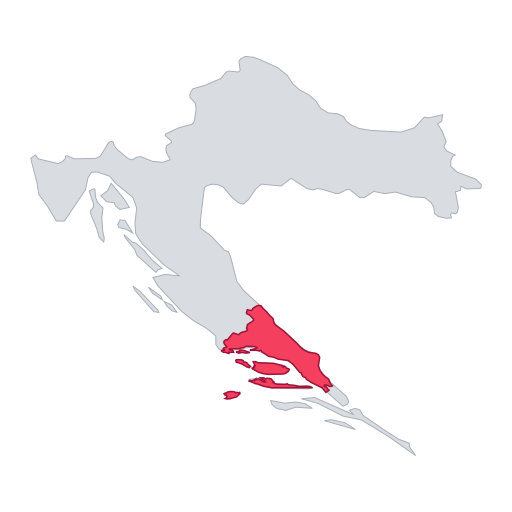 Croatia, with Splitsko-Dalmatinska highlighted
{"feature_id": "HRV-1492", "entity_name": "Splitsko-Dalmatinska", "entity_type": "County", "adm_level": 1, "iso_a3": "HRV", "parent_name": "Croatia", "parent_adm1": "", "projection": "natural_earth1", "projection_center": [16.561, 43.491], "detail": "fine", "context": "in_parent", "style": "filled", "palette": "rose", "viewbox_px": 512, "rotation_deg": 0, "n_neighbors": 0, "source": "natural_earth", "source_scale": "10m", "svg_char_len": 8164}
<svg xmlns="http://www.w3.org/2000/svg" viewBox="0 0 512 512"><path d="M35.4,155.0L38.2,158.9L58.3,163.6L62.7,161.5L65.4,158.3L65.4,156.3L67.1,155.7L74.2,158.8L96.0,158.4L100.4,156.0L108.7,142.5L111.3,141.3L113.1,141.9L114.3,145.9L117.4,149.7L128.3,158.7L132.5,159.8L136.5,157.3L140.7,156.6L152.6,161.4L162.7,162.3L170.2,159.8L166.5,152.6L165.9,148.9L166.5,145.7L171.6,142.5L171.3,141.1L165.2,135.5L165.5,134.0L179.1,127.7L192.1,124.2L194.2,121.5L196.1,109.7L195.4,103.4L190.1,97.5L189.8,94.6L191.0,91.5L193.1,88.7L204.4,85.5L220.9,78.5L226.0,72.2L229.0,71.1L238.2,72.0L240.2,70.4L239.0,61.3L240.6,58.9L245.4,56.4L253.5,57.3L260.2,59.7L277.9,67.8L287.3,75.3L292.5,83.5L299.6,90.0L308.5,94.5L315.6,100.7L320.8,108.5L328.2,112.9L337.5,113.8L343.5,116.5L346.0,120.9L351.1,124.9L358.8,128.4L370.8,130.4L401.0,132.1L414.3,127.9L424.4,117.1L428.6,117.9L442.6,114.7L441.8,121.1L437.6,124.0L441.9,130.7L446.1,141.5L443.9,146.8L446.7,151.0L455.2,155.1L452.8,156.4L450.9,159.9L450.7,166.4L457.5,172.4L475.8,179.1L481.2,184.5L481.3,186.8L480.3,188.4L466.4,188.9L461.0,186.1L460.5,190.4L455.4,191.8L458.4,207.7L457.3,212.3L455.5,213.8L451.5,213.0L450.5,214.5L451.4,217.9L446.4,218.3L438.3,216.5L434.6,213.4L433.8,207.4L431.2,202.6L424.8,197.6L411.4,196.8L395.8,192.1L384.5,193.6L373.7,191.4L364.3,197.7L359.6,197.6L350.2,189.8L347.4,189.3L339.2,193.3L335.8,193.5L322.1,189.2L317.1,188.6L313.4,190.0L306.9,188.5L291.0,178.3L281.2,186.0L261.3,184.1L255.4,189.4L248.6,199.5L243.1,204.3L238.3,202.6L232.7,198.1L222.8,186.7L217.8,184.7L212.1,184.2L207.1,185.5L204.4,187.8L200.5,219.1L200.3,227.9L211.3,236.1L224.3,250.1L228.4,251.8L230.5,256.4L236.9,281.6L243.5,290.4L265.9,311.0L275.4,324.1L304.1,349.7L316.7,354.2L318.7,356.6L318.9,366.6L320.3,370.3L328.8,380.7L346.0,396.0L348.0,399.5L348.6,402.1L347.5,404.1L343.0,406.2L323.2,388.9L307.6,379.5L290.1,361.8L266.7,354.8L250.7,347.1L230.4,350.7L223.8,350.8L219.2,349.4L215.9,344.6L215.8,336.0L206.5,328.3L193.8,320.9L181.7,311.4L157.7,285.7L152.9,277.5L165.3,274.4L179.7,276.0L164.3,265.2L142.2,243.8L135.7,233.7L135.0,222.8L136.7,207.9L132.8,197.3L115.8,183.5L109.6,176.2L97.1,171.9L91.5,172.3L88.0,177.7L85.5,189.7L64.4,221.1L56.3,221.0L47.4,206.0L38.9,194.7L37.0,182.7L30.7,158.4L35.4,155.0ZM409.2,443.2L409.4,446.8L415.6,455.6L387.8,436.0L361.6,420.0L343.0,416.1L317.7,403.2L301.2,398.7L314.7,397.6L353.8,414.8L349.4,410.2L355.0,408.4L359.8,409.7L362.9,415.3L384.9,430.4L398.9,439.3L409.2,443.2ZM104.3,238.2L103.7,242.0L99.1,237.2L96.8,228.7L91.1,214.9L90.3,211.0L93.4,207.1L93.3,203.2L89.2,191.1L92.7,189.1L94.8,188.9L95.6,197.3L97.4,202.1L103.0,208.1L101.8,217.9L102.8,231.9L104.3,238.2ZM129.3,207.4L119.8,209.5L115.4,205.8L114.2,202.7L106.5,201.7L100.8,195.6L107.5,190.9L111.2,183.3L123.9,198.8L129.3,207.4ZM281.0,373.7L268.8,374.0L258.2,372.2L253.0,369.2L255.0,362.3L266.8,362.8L284.8,365.9L289.2,369.4L287.8,371.0L281.0,373.7ZM312.7,387.9L307.2,388.9L272.8,388.1L262.8,386.1L249.4,379.3L260.6,377.8L271.0,379.3L274.2,383.1L312.7,387.9ZM158.0,269.8L156.0,272.4L136.9,255.2L134.7,249.5L125.3,237.8L123.9,234.6L132.5,242.3L135.8,243.0L144.1,250.5L152.2,260.1L162.0,268.4L158.0,269.8ZM270.6,400.5L284.9,403.2L295.4,402.0L304.9,403.6L312.3,408.3L295.9,407.2L286.1,410.4L277.4,408.7L274.1,406.6L271.8,404.1L270.6,400.5ZM157.8,310.1L158.8,312.5L153.7,311.6L135.0,290.3L133.0,286.2L139.7,291.1L157.8,310.1ZM124.9,220.3L132.7,232.9L125.5,229.0L119.0,227.5L117.7,224.6L120.0,219.9L124.9,220.3ZM344.8,422.7L355.4,429.5L324.4,420.7L331.2,419.7L344.8,422.7ZM171.9,305.1L176.9,312.3L172.1,310.8L167.1,306.3L164.1,301.5L171.9,305.1ZM161.1,296.4L162.3,299.9L152.7,293.4L148.4,287.2L161.1,296.4Z" fill="#d9dde1" stroke="#a8b0b8" stroke-width="1"/><path d="M261.0,305.7L263.2,308.6L267.0,312.2L269.5,315.4L272.7,318.1L273.3,319.5L273.6,321.1L274.2,323.2L275.3,324.8L283.9,331.1L296.2,342.6L299.9,346.6L302.4,348.6L304.1,350.0L308.6,352.3L316.1,353.4L318.5,354.9L319.7,357.4L318.3,365.6L320.0,370.5L323.0,374.7L326.2,377.4L327.8,378.4L328.6,379.0L329.1,380.1L329.8,382.1L330.7,384.0L331.8,385.3L332.5,385.7L332.4,385.9L332.0,386.1L331.5,386.4L330.1,386.5L329.5,386.5L329.1,386.3L328.8,386.1L328.5,385.7L328.3,385.6L327.9,385.4L326.3,385.2L325.0,384.8L324.7,384.9L324.5,385.1L324.4,386.0L324.4,386.3L324.6,386.5L325.0,386.6L325.9,386.7L326.3,386.9L326.7,387.2L327.0,387.7L327.4,388.6L327.6,388.9L328.0,389.3L328.8,389.8L329.0,390.0L329.1,390.3L328.6,390.7L328.1,391.0L325.9,392.4L322.1,387.7L311.0,382.4L308.3,380.4L307.0,379.7L306.4,379.3L305.9,378.0L305.4,377.5L304.6,377.2L303.8,377.0L303.3,376.8L302.8,376.2L302.0,375.0L301.8,374.6L301.6,373.4L301.4,373.0L301.1,372.8L300.1,372.6L299.8,372.4L292.5,363.7L290.3,362.3L289.5,361.6L289.0,361.0L288.3,360.5L278.4,359.2L273.9,357.3L268.6,356.3L261.6,351.6L261.5,351.3L261.4,350.9L261.2,350.5L260.8,350.3L260.4,350.4L259.7,350.8L259.3,350.9L256.3,350.3L250.5,350.3L250.5,349.6L252.1,349.6L253.8,349.2L255.5,348.5L256.9,347.6L255.6,346.8L253.8,346.5L246.3,346.3L245.4,346.6L244.0,347.4L243.4,347.6L242.0,347.8L238.8,348.7L229.4,348.9L229.4,349.6L231.9,350.2L233.0,350.9L233.6,352.3L228.8,352.3L229.0,353.4L227.9,353.3L225.4,352.3L223.3,352.2L222.5,351.8L221.4,350.9L221.7,350.4L222.6,350.3L224.2,350.2L224.6,350.0L224.6,349.8L224.4,349.6L224.0,349.5L223.6,349.2L223.3,348.9L223.3,348.3L223.6,348.0L224.3,347.8L225.0,347.6L226.3,347.1L226.7,346.8L226.7,346.6L226.4,346.5L226.1,346.3L225.7,345.5L224.6,344.3L224.2,343.7L224.0,342.9L223.8,341.8L224.0,341.3L224.4,340.9L225.3,340.0L225.7,339.8L226.1,339.7L226.5,339.9L226.9,339.9L227.4,339.8L232.7,333.5L233.4,333.0L233.7,333.0L238.0,334.6L238.7,334.6L239.3,334.1L239.9,333.4L240.5,333.0L241.1,332.6L242.7,332.0L244.9,331.5L246.7,330.8L247.4,330.2L247.5,329.6L247.2,329.2L246.8,328.8L246.6,328.4L246.5,327.9L247.3,326.4L247.4,326.2L247.3,325.9L247.2,325.4L247.4,324.6L247.9,324.2L253.2,320.8L253.7,320.2L253.7,319.5L253.3,319.0L250.2,315.6L249.5,315.1L248.9,314.7L246.8,313.8L246.6,313.2L246.4,312.7L247.4,309.7L249.9,310.4L251.2,310.3L252.0,310.1L252.3,309.7L252.5,309.3L252.6,308.8L254.0,307.6L256.6,306.0L257.7,305.6L258.5,305.4L261.0,305.7ZM259.0,372.4L252.9,369.1L251.6,367.6L252.2,368.0L252.7,368.4L253.2,368.4L253.3,367.8L253.5,367.7L253.8,367.7L254.3,367.6L253.8,366.9L253.9,366.3L254.4,365.8L255.3,365.6L254.3,363.9L253.2,361.6L254.8,361.6L255.3,361.6L258.4,362.8L273.4,363.3L282.9,365.6L282.9,366.3L281.8,366.3L282.6,366.7L283.4,366.9L284.0,366.8L284.5,366.3L285.2,366.8L286.6,368.4L287.5,368.6L288.1,368.6L288.7,368.7L289.3,369.6L288.3,371.4L287.7,372.0L287.1,371.7L285.7,373.4L283.1,374.0L268.8,374.4L263.9,373.8L259.0,372.4ZM273.9,387.7L272.1,387.9L263.5,386.2L257.0,383.9L254.7,383.5L253.3,382.6L252.4,382.4L249.0,381.0L249.3,380.6L249.7,380.4L250.5,380.4L251.5,380.9L252.4,380.8L254.3,379.7L254.7,380.4L255.0,380.0L255.8,379.0L255.8,379.7L258.6,378.8L261.0,380.2L263.2,381.8L265.4,381.7L263.2,379.7L261.2,378.5L260.5,377.8L261.6,377.9L263.8,377.8L265.4,379.0L265.7,379.0L266.4,378.5L266.9,378.3L267.9,378.3L270.2,378.7L271.3,379.0L271.8,379.6L272.3,380.3L272.9,381.1L273.9,381.7L273.9,382.2L273.8,382.3L273.6,382.3L273.3,382.4L274.8,383.5L276.5,384.1L278.4,384.3L285.9,384.3L287.1,383.7L288.2,384.6L289.6,385.0L294.4,385.3L299.1,386.4L306.1,386.1L309.6,386.4L312.6,387.7L293.2,387.7L273.9,387.7ZM238.9,393.1L239.2,392.7L239.5,392.4L239.8,392.5L239.9,393.5L239.7,394.1L239.2,394.5L238.3,395.1L237.4,396.2L236.5,396.9L229.6,398.8L226.9,399.0L225.1,398.5L226.7,397.6L226.9,396.1L226.3,394.9L225.5,395.1L225.1,395.1L224.0,393.8L224.3,393.5L224.6,393.3L225.0,393.2L225.6,393.1L227.4,392.1L230.3,391.5L233.4,391.6L235.7,392.4L235.3,392.9L235.1,393.1L236.9,392.4L237.9,392.5L238.9,393.1ZM250.5,366.3L249.3,367.6L247.2,367.1L242.0,364.1L238.2,362.6L236.3,362.3L236.2,361.9L236.3,361.7L236.5,361.7L236.0,361.1L235.8,360.4L236.2,359.8L237.3,359.6L241.7,359.9L243.3,360.7L243.7,362.3L245.8,362.1L247.2,363.2L248.6,364.9L250.5,366.3ZM244.3,350.5L246.1,351.2L249.3,352.3L248.9,352.8L246.0,353.1L242.1,352.5L240.9,352.6L240.3,352.9L239.3,353.1L238.1,352.9L237.1,352.6L236.6,352.3L236.6,351.7L237.2,351.5L237.5,351.6L238.0,351.7L239.1,351.8L239.8,351.3L239.4,350.5L240.7,350.0L244.3,350.5Z" fill="#f43f5e" stroke="#9f1239" stroke-width="1.5"/></svg>